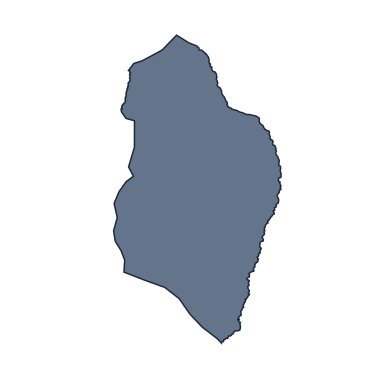 Delgerxaan, Hentiy, Mongolia, rotated 227°
{"feature_id": "93677404B99522763757972", "entity_name": "Delgerxaan", "entity_type": "district", "adm_level": 2, "iso_a3": "MNG", "parent_name": "Mongolia", "parent_adm1": "Hentiy", "projection": "robinson", "projection_center": [108.94, 47.292], "detail": "fine", "context": "isolated", "style": "filled", "palette": "slate", "viewbox_px": 384, "rotation_deg": 227, "n_neighbors": 0, "source": "geoboundaries", "source_scale": "gbopen_adm2", "svg_char_len": 5981}
<svg xmlns="http://www.w3.org/2000/svg" viewBox="0 0 384 384"><g transform="rotate(227 192 192)"><path d="M93.6,178.8L93.4,179.4L92.8,182.2L92.2,182.4L92.0,183.3L92.4,183.7L93.1,183.8L93.3,184.1L94.5,185.5L94.6,186.3L94.3,187.0L95.4,187.8L96.4,188.7L96.1,189.3L96.1,189.8L96.7,191.0L96.6,191.3L96.1,191.9L96.1,192.2L96.3,192.7L97.2,193.5L97.5,194.7L97.9,194.9L99.4,194.9L99.9,195.2L100.0,195.4L99.8,196.2L99.9,197.2L101.1,198.0L101.2,198.3L100.9,200.2L101.0,200.4L101.4,200.7L101.9,200.6L102.3,201.1L103.3,203.9L103.9,204.3L105.1,203.9L105.3,203.9L107.0,205.5L107.7,206.3L108.4,207.5L108.7,208.7L108.7,209.2L107.9,210.0L107.7,210.4L107.7,210.9L107.9,211.2L108.6,211.8L111.2,212.4L111.5,213.5L111.6,215.2L111.7,216.0L111.9,216.4L112.6,217.0L113.9,217.5L114.0,218.8L115.6,219.6L116.0,220.0L116.5,221.7L117.6,223.0L117.8,223.5L117.8,224.7L117.9,225.6L117.6,226.6L117.8,226.8L119.0,227.2L119.3,227.5L119.4,227.9L118.8,229.0L119.4,230.2L119.3,231.2L119.8,231.8L119.9,232.2L119.7,233.5L120.3,234.8L120.3,235.6L119.9,236.4L119.8,236.8L120.4,237.7L120.9,238.0L122.3,238.0L122.6,238.2L122.8,238.5L122.7,238.8L122.3,239.7L122.3,239.9L124.3,241.8L123.8,242.9L123.8,243.3L124.1,243.9L125.1,244.6L125.4,244.9L125.5,245.2L125.2,246.9L125.2,247.5L125.9,248.8L127.6,250.4L129.9,251.1L130.7,251.4L131.2,251.9L131.3,252.3L132.0,253.1L132.1,253.6L132.1,254.8L132.4,255.8L133.2,256.6L133.5,257.6L133.3,258.5L133.3,258.8L133.6,259.1L134.1,259.3L134.9,259.3L135.2,259.6L135.3,260.6L135.5,260.9L136.3,261.2L137.2,261.8L139.0,262.2L139.2,263.1L139.4,263.2L139.8,263.3L140.7,262.9L141.4,263.0L141.9,263.2L142.4,264.3L143.0,264.8L143.1,265.2L142.9,265.8L142.1,266.6L142.2,267.0L142.7,267.9L144.4,269.3L145.2,270.1L146.7,270.5L147.2,270.8L148.1,271.9L148.7,272.8L149.4,273.3L150.3,274.1L151.0,274.2L152.0,273.7L152.4,273.7L153.0,274.3L153.5,275.0L154.2,275.2L154.7,276.5L155.7,277.4L158.2,278.2L158.8,278.7L162.3,279.1L163.5,279.8L164.2,281.5L164.6,281.7L166.3,282.2L166.4,283.0L166.6,283.2L166.9,283.3L167.9,283.4L168.2,283.5L168.8,284.1L169.1,284.2L170.0,284.1L170.5,283.6L170.9,283.3L171.7,283.4L172.6,284.1L173.1,285.1L173.5,285.5L174.0,285.8L174.8,286.0L176.1,285.9L176.7,285.3L177.6,285.6L178.2,285.6L178.5,285.9L178.7,286.4L179.3,287.0L181.9,288.0L182.4,288.6L182.8,289.4L183.8,289.7L184.6,289.6L185.7,288.6L187.2,288.5L188.2,288.0L189.3,288.4L190.1,288.3L191.6,288.9L192.0,289.2L192.9,289.1L193.7,288.6L194.1,288.6L195.3,288.9L196.0,288.7L196.5,288.7L198.8,290.0L199.7,291.2L200.6,291.5L203.6,290.7L205.7,289.5L207.2,288.2L209.0,287.3L211.2,285.1L212.3,284.3L215.6,283.0L217.6,281.6L221.5,280.2L222.2,279.8L222.6,279.2L223.3,279.0L224.8,278.0L225.4,277.8L226.6,277.8L227.9,277.1L229.1,276.7L230.7,276.7L231.3,277.3L232.2,277.2L232.8,278.3L233.5,278.9L235.8,278.9L236.8,279.5L238.8,280.2L239.7,280.4L242.0,280.5L243.8,281.0L245.6,282.4L247.4,283.1L248.5,283.6L249.0,283.5L249.5,283.0L250.5,283.2L251.9,282.9L252.6,283.2L253.4,283.6L254.0,285.0L255.4,285.9L257.4,286.5L258.2,287.0L258.5,287.6L258.9,288.5L260.1,289.1L260.5,289.3L260.8,289.7L261.5,290.2L264.0,290.7L265.9,289.7L266.4,289.6L268.1,290.0L269.2,290.9L269.9,291.8L270.1,291.7L270.9,291.0L271.7,291.0L272.2,291.4L272.6,292.4L272.9,292.7L273.2,292.8L273.7,292.5L274.4,292.5L275.4,293.2L276.0,293.9L277.0,294.4L278.6,295.6L279.7,296.0L282.9,296.4L283.4,296.4L283.5,296.0L283.7,295.9L284.5,296.2L285.1,296.3L289.1,295.8L289.7,295.4L290.3,294.5L291.2,294.2L291.8,294.4L292.1,294.9L292.6,295.3L293.3,295.3L294.6,294.8L294.9,294.8L295.3,295.2L303.5,291.3L317.2,287.7L316.2,266.9L321.9,245.1L325.7,237.0L324.2,228.4L323.9,228.5L323.9,229.0L323.4,229.1L322.7,228.5L321.8,228.1L320.9,228.3L320.6,227.3L320.7,226.8L320.4,226.2L319.1,226.1L318.4,225.2L318.3,224.5L318.2,224.3L316.6,223.5L316.2,222.8L315.6,222.0L315.5,221.9L315.6,221.3L315.2,220.9L315.1,220.6L315.2,219.8L314.9,219.5L314.8,219.0L314.2,218.8L313.5,218.2L313.1,218.1L313.1,217.6L312.8,217.6L312.7,217.1L312.8,216.7L312.4,216.6L312.2,216.1L311.7,215.8L311.6,215.6L311.7,215.2L311.3,214.9L311.5,214.6L311.5,214.4L310.8,214.0L310.5,213.3L310.3,213.1L310.3,212.7L309.8,212.4L309.6,211.7L309.1,211.5L308.9,210.8L308.4,210.3L307.6,209.8L307.4,209.3L306.8,209.0L306.9,208.7L306.6,208.2L306.6,207.6L305.9,207.3L305.7,206.7L304.4,205.8L304.4,205.4L303.9,205.0L303.4,204.4L303.1,203.7L303.1,203.0L303.4,202.4L303.2,202.2L302.8,201.6L303.2,201.2L303.1,200.4L302.5,199.1L301.7,198.1L300.7,197.9L300.6,197.5L301.0,197.1L300.4,196.8L300.4,196.7L300.6,196.5L300.6,196.3L299.6,195.8L298.8,195.1L290.9,193.9L283.3,198.5L264.0,180.4L253.6,162.7L243.5,159.9L244.5,150.8L241.9,138.6L236.8,127.3L224.2,119.8L217.2,108.3L208.4,102.3L197.7,100.2L188.2,96.4L179.8,87.6L158.9,97.7L140.9,107.0L122.7,109.9L104.0,107.2L86.3,107.3L67.7,110.4L61.5,110.5L61.8,110.8L61.9,111.6L61.8,112.1L61.2,112.9L61.2,113.2L61.7,113.8L62.2,114.1L62.4,114.6L61.6,115.9L61.8,117.2L60.7,118.2L60.7,118.7L61.6,120.1L61.8,120.6L60.7,121.6L60.6,122.1L60.4,123.2L60.9,124.3L60.2,125.2L60.7,125.7L60.7,126.7L61.1,127.7L61.2,128.2L60.7,128.9L60.2,129.8L59.3,130.6L58.9,131.9L58.3,132.5L58.5,133.0L60.1,135.2L61.3,136.2L62.9,137.0L63.1,137.2L63.3,138.3L63.7,138.5L64.7,137.9L65.5,138.0L65.9,138.2L66.1,138.5L66.3,139.4L66.6,139.7L66.8,139.3L66.6,138.6L66.9,138.2L67.3,138.2L68.0,139.0L68.2,139.4L68.2,140.5L68.9,141.8L68.4,143.2L68.4,143.8L68.7,144.3L70.2,145.3L71.1,145.7L71.2,146.1L71.7,146.8L71.5,147.4L71.6,147.8L72.0,148.6L72.6,149.3L72.6,149.7L72.4,150.8L72.4,151.1L72.9,151.5L73.8,151.7L74.2,152.0L74.5,152.6L74.7,153.9L74.9,154.2L75.4,154.6L75.4,156.1L76.0,157.0L76.5,157.4L76.7,158.8L76.8,159.0L77.1,158.7L77.0,159.6L77.2,160.8L77.8,162.8L77.8,163.9L78.0,164.2L78.3,164.3L79.8,164.3L80.0,165.2L80.3,166.1L80.7,166.6L83.1,167.1L84.7,168.2L85.0,168.4L84.8,169.4L85.0,170.2L85.5,170.5L86.6,170.8L87.1,171.3L87.4,171.9L87.6,172.9L88.0,173.3L88.4,173.4L89.0,173.3L90.0,172.5L91.0,172.6L91.4,173.0L91.3,173.8L90.9,175.7L91.0,176.3L91.9,177.3L92.6,177.6L93.4,177.8L93.6,178.8Z" fill="#64748b" stroke="#1e293b" stroke-width="1.5"/></g></svg>